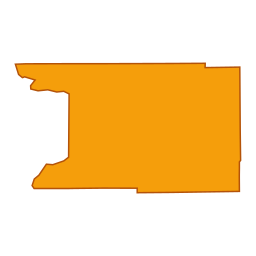 Columbia, Wisconsin, United States of America
{"feature_id": "52423323B84729075264593", "entity_name": "Columbia", "entity_type": "district", "adm_level": 2, "iso_a3": "USA", "parent_name": "United States of America", "parent_adm1": "Wisconsin", "projection": "robinson", "projection_center": [-89.482, 43.462], "detail": "fine", "context": "isolated", "style": "filled", "palette": "amber", "viewbox_px": 256, "rotation_deg": 0, "n_neighbors": 0, "source": "geoboundaries", "source_scale": "gbopen_adm2", "svg_char_len": 612}
<svg xmlns="http://www.w3.org/2000/svg" viewBox="0 0 256 256"><path d="M34.1,188.5L68.6,188.5L74.3,188.4L103.0,188.1L137.2,188.2L137.2,192.7L171.2,192.4L239.4,191.4L239.3,177.6L239.3,176.4L239.3,175.1L239.4,168.1L239.4,161.9L240.6,160.4L240.2,129.3L239.8,67.1L205.1,67.6L205.2,63.3L171.1,63.5L102.4,63.7L69.0,63.7L26.0,63.8L15.6,64.2L15.4,64.2L18.6,74.5L22.4,77.6L23.2,77.4L24.6,76.8L35.1,80.0L30.6,85.7L30.8,89.0L38.0,90.8L47.8,89.8L56.7,92.0L63.8,91.3L69.1,93.9L68.6,157.2L63.8,160.9L52.8,164.7L46.4,164.2L38.9,175.2L34.3,179.0L32.1,185.6L34.1,188.5Z" fill="#f59e0b" stroke="#b45309" stroke-width="1.5"/></svg>